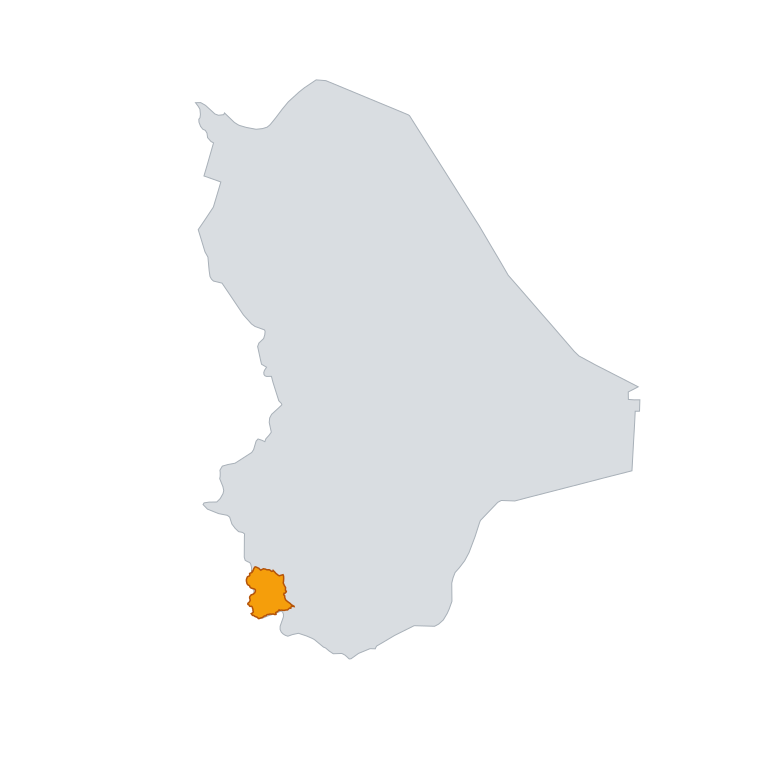 Rawanduz, Arbil, Iraq (highlighted), rotated 197°
{"feature_id": "34846034B23954207715880", "entity_name": "Rawanduz", "entity_type": "district", "adm_level": 2, "iso_a3": "IRQ", "parent_name": "Iraq", "parent_adm1": "Arbil", "projection": "natural_earth1", "projection_center": [44.626, 36.804], "detail": "fine", "context": "in_parent", "style": "filled", "palette": "amber", "viewbox_px": 768, "rotation_deg": 197, "n_neighbors": 0, "source": "geoboundaries", "source_scale": "gbopen_adm2", "svg_char_len": 5933}
<svg xmlns="http://www.w3.org/2000/svg" viewBox="0 0 768 768"><g transform="rotate(197 384 384)"><path d="M314.9,128.2L320.0,126.8L329.6,118.9L335.2,111.6L336.9,110.9L341.9,113.3L345.5,114.0L353.7,111.2L358.6,112.7L362.7,114.5L365.0,114.7L376.0,119.3L378.7,119.8L384.4,120.4L392.9,120.6L398.3,117.6L402.2,114.7L404.9,114.8L407.5,115.5L409.7,116.7L411.6,118.9L412.5,122.0L412.1,131.9L412.9,134.5L414.4,136.4L416.3,136.7L418.6,134.6L422.7,131.4L427.6,128.0L431.3,124.9L433.4,123.7L436.8,123.9L440.0,124.4L441.8,125.9L441.8,126.4L443.6,131.1L448.0,148.4L450.4,150.6L453.3,152.5L455.3,155.1L456.1,157.7L455.8,161.7L455.9,166.4L457.1,169.9L458.7,172.7L460.2,174.0L462.5,174.2L465.2,174.8L467.0,177.5L472.9,197.3L473.5,199.9L475.9,200.7L479.9,200.3L484.1,202.4L488.5,205.6L492.7,211.6L495.5,212.6L504.2,211.7L516.2,212.7L521.8,215.8L521.3,217.7L517.0,219.8L509.4,222.3L507.1,226.6L505.9,232.1L506.1,235.2L508.0,238.7L513.4,245.4L513.7,247.9L514.7,251.3L515.7,253.6L514.6,258.2L509.8,261.3L503.3,264.7L490.5,279.8L489.5,283.1L489.6,292.0L488.4,294.6L484.3,294.5L481.1,294.0L480.9,297.2L478.9,301.4L477.7,305.0L482.5,313.6L483.4,318.1L482.6,322.2L478.3,329.4L475.6,334.2L476.3,335.3L479.7,337.2L490.5,352.9L493.9,358.4L498.5,356.9L500.1,357.0L501.5,357.9L502.3,359.8L502.3,362.1L501.2,365.7L506.9,367.1L509.0,370.7L515.8,382.9L515.6,386.6L512.4,392.3L512.4,396.2L513.1,399.6L514.1,400.8L524.1,401.3L528.3,402.7L538.7,409.0L550.5,418.6L560.1,426.4L568.4,433.1L577.2,432.6L579.6,433.8L581.8,435.9L584.4,441.4L589.5,453.9L593.8,458.0L600.5,468.0L606.8,477.3L602.8,490.1L598.9,503.3L599.0,520.3L599.1,529.5L607.6,529.9L617.0,530.3L617.1,541.2L617.3,552.2L617.5,564.8L620.3,565.3L624.7,568.0L626.6,572.1L629.0,574.3L631.8,574.7L634.7,576.7L637.5,580.3L638.5,583.1L637.8,584.9L638.4,588.2L640.4,593.0L642.8,595.2L646.5,597.9L641.6,599.5L636.2,598.3L624.6,592.8L620.9,592.6L616.0,594.7L615.8,596.6L603.6,590.4L599.2,589.2L597.6,589.0L590.7,589.1L580.8,590.2L574.9,592.7L570.9,595.4L569.1,598.0L568.4,599.4L565.3,607.1L561.7,617.0L558.0,625.9L550.6,638.4L546.6,644.2L537.8,655.0L528.3,657.1L506.3,655.0L481.8,652.6L457.5,650.3L439.4,648.5L438.0,648.0L420.1,632.6L406.0,620.5L388.4,605.4L370.4,589.9L352.2,574.2L339.0,562.9L323.0,548.2L308.4,534.9L297.0,524.3L282.2,515.1L270.7,507.9L254.0,497.4L240.6,489.1L229.2,481.9L211.6,470.8L205.7,467.8L187.4,464.1L170.0,461.0L152.1,457.8L140.1,455.6L148.1,447.8L145.8,440.7L140.0,442.0L134.7,443.7L131.7,432.7L135.8,431.4L132.2,417.1L128.6,402.3L125.1,388.1L121.5,373.5L136.8,364.2L148.2,357.3L164.1,347.5L179.5,338.1L194.2,329.1L210.3,319.3L224.7,310.4L237.8,306.9L240.6,304.1L246.7,292.0L251.9,281.7L252.1,279.3L252.3,264.8L253.4,247.6L255.2,238.5L258.2,230.4L260.9,224.5L261.3,219.0L261.0,213.4L258.3,204.9L255.5,196.1L255.9,187.6L256.5,183.0L258.3,175.7L261.5,170.4L264.8,167.1L277.2,163.7L284.5,161.7L294.4,152.3L300.3,146.7L308.4,137.8L314.4,131.3L314.9,129.1L314.9,128.2Z" fill="#d9dde1" stroke="#a8b0b8" stroke-width="1"/><path d="M404.9,144.9L405.1,145.2L405.4,145.2L406.7,145.6L407.2,145.6L407.7,145.8L408.1,145.8L409.4,146.7L410.0,146.8L410.4,147.0L412.2,147.6L413.9,148.3L414.4,148.5L414.8,148.8L415.3,149.2L415.6,149.6L416.5,150.8L416.8,151.7L417.0,152.2L417.1,152.5L418.3,153.1L418.4,154.6L417.8,154.7L417.7,154.8L417.4,155.2L416.9,156.2L416.5,157.2L416.2,157.3L417.3,157.3L418.0,158.0L418.2,158.8L418.7,160.7L419.1,161.0L419.8,161.6L420.5,162.3L421.3,163.2L422.2,164.3L422.3,164.8L422.4,165.8L423.0,168.4L423.2,169.0L423.7,170.5L424.0,171.1L424.8,172.1L426.2,171.2L427.0,170.7L428.0,170.0L428.7,170.1L429.0,170.1L431.2,171.0L431.9,171.2L433.1,172.0L434.6,172.8L435.5,173.3L435.5,173.2L435.8,172.4L436.9,171.9L437.8,172.4L438.2,172.5L438.7,172.7L439.5,172.8L440.4,172.5L441.3,172.2L442.0,172.1L443.5,172.3L444.0,172.2L444.8,172.1L445.2,172.1L446.0,171.4L446.9,170.5L447.4,169.9L447.8,170.1L448.3,170.3L449.1,170.7L449.8,171.2L450.4,171.2L451.4,171.4L453.3,171.6L454.0,171.2L454.3,170.2L454.5,169.3L454.6,168.7L454.6,167.6L454.7,166.8L454.9,166.8L455.4,166.5L455.2,166.1L455.1,165.7L455.1,165.3L455.3,165.1L455.7,164.7L456.2,164.3L456.9,163.8L457.1,163.2L456.8,162.7L456.4,162.2L456.4,161.8L456.5,161.4L456.9,160.9L457.2,160.6L457.5,160.4L457.9,160.0L458.2,159.7L458.3,159.1L458.4,157.6L458.4,156.8L458.0,155.4L457.3,154.2L456.7,153.1L456.0,152.5L455.4,152.1L454.2,151.9L453.7,151.8L453.0,151.0L452.5,150.4L451.7,150.1L450.9,150.0L450.1,150.0L449.1,150.1L448.6,150.1L448.2,150.1L447.4,149.9L446.9,149.6L446.6,148.9L446.4,148.2L446.4,147.6L446.6,146.5L447.4,145.1L448.5,144.1L449.4,143.6L449.5,143.0L450.1,141.8L450.2,141.0L449.9,140.0L449.1,138.8L448.7,138.0L448.9,137.0L449.1,136.0L449.3,135.5L449.8,135.0L450.0,134.4L450.0,134.0L449.8,133.6L449.6,133.4L448.8,133.3L448.1,132.9L447.6,132.3L447.2,132.2L446.6,132.3L446.1,132.5L445.6,132.7L444.9,132.3L444.5,131.7L444.0,130.9L443.6,130.5L443.4,130.2L443.2,129.4L442.9,128.8L442.4,128.1L442.3,127.9L442.5,127.3L442.9,126.6L443.3,126.1L443.8,125.5L443.6,125.4L442.9,124.9L442.2,124.3L441.7,124.3L441.3,124.6L440.7,124.4L439.6,124.0L439.0,123.9L438.5,123.9L437.2,123.9L436.9,123.7L436.2,123.4L435.6,123.0L435.2,123.0L434.6,123.3L434.0,123.8L433.4,124.3L433.2,124.5L432.4,124.8L432.1,125.1L431.4,125.9L431.0,126.6L430.6,127.2L430.1,127.4L429.5,127.6L429.1,127.9L428.9,128.4L428.8,128.8L428.5,129.1L428.2,129.4L427.7,129.6L426.8,130.0L426.3,130.4L425.5,130.8L424.9,130.8L424.0,131.1L423.4,131.4L422.7,131.7L421.8,131.6L421.0,131.6L420.3,131.9L419.9,132.1L419.9,132.4L420.0,132.6L420.3,132.9L420.6,133.1L420.7,133.3L420.7,133.6L420.5,134.0L420.3,134.3L419.5,134.9L418.8,136.0L418.5,136.5L418.3,137.1L418.3,137.4L418.2,137.4L417.6,137.1L417.4,137.0L416.8,137.4L416.2,137.7L415.4,137.9L414.5,138.0L414.0,138.1L413.4,138.3L413.0,138.4L412.6,138.7L411.7,139.2L410.1,139.8L409.5,141.0L409.4,141.1L408.8,142.1L407.6,142.3L407.7,143.6L407.4,144.6L407.0,144.6L406.3,144.6L405.7,144.8L404.9,144.9Z" fill="#f59e0b" stroke="#b45309" stroke-width="1.5"/></g></svg>